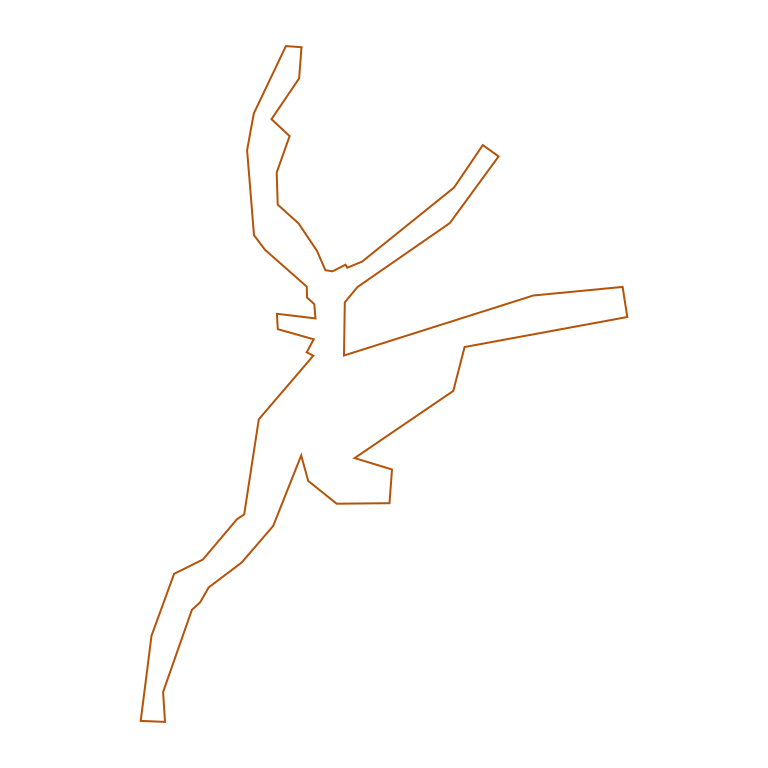 Vlahita, Harghita, Romania (Equal Earth projection)
{"feature_id": "2599482B45078767996614", "entity_name": "Vlahita", "entity_type": "district", "adm_level": 2, "iso_a3": "ROU", "parent_name": "Romania", "parent_adm1": "Harghita", "projection": "equal_earth", "projection_center": [25.468, 46.349], "detail": "fine", "context": "isolated", "style": "outline", "palette": "amber", "viewbox_px": 768, "rotation_deg": 0, "n_neighbors": 0, "source": "geoboundaries", "source_scale": "gbopen_adm2", "svg_char_len": 928}
<svg xmlns="http://www.w3.org/2000/svg" viewBox="0 0 768 768"><path d="M325.4,270.2L317.0,250.9L298.7,223.6L277.7,204.6L276.7,172.5L289.6,136.1L271.5,119.2L299.1,78.4L301.5,47.2L285.9,46.1L253.8,113.5L247.1,150.2L253.2,225.4L254.0,235.2L264.9,249.7L306.8,286.7L306.9,292.1L307.0,297.5L314.3,304.2L315.5,318.4L276.9,313.8L277.8,329.2L313.7,339.3L306.7,352.3L313.3,355.7L276.7,398.4L258.8,419.3L247.8,490.8L244.2,514.4L237.0,519.2L219.9,539.4L202.8,559.6L174.1,573.8L151.5,635.8L140.7,720.9L165.0,721.9L163.1,692.0L191.9,609.8L200.2,602.3L208.7,587.4L241.7,562.5L273.2,525.9L301.2,455.5L308.2,480.9L336.6,503.7L389.5,503.2L392.0,469.5L354.6,458.1L453.3,390.9L464.6,347.0L627.3,317.0L622.6,286.9L533.3,295.5L438.7,325.5L400.5,337.6L344.0,355.5L344.8,302.3L357.5,287.0L449.9,223.0L498.6,156.4L482.8,145.1L454.1,187.5L362.1,261.6L347.3,267.7L345.5,264.7L332.6,271.3L325.4,270.2Z" fill="none" stroke="#b45309" stroke-width="2"/></svg>